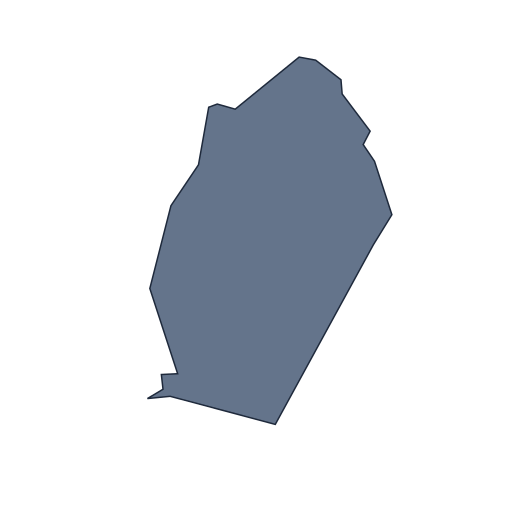 Montgomery, Kentucky, United States of America, rotated 235°
{"feature_id": "52423323B47164962454454", "entity_name": "Montgomery", "entity_type": "district", "adm_level": 2, "iso_a3": "USA", "parent_name": "United States of America", "parent_adm1": "Kentucky", "projection": "albers", "projection_center": [-83.879, 38.046], "detail": "fine", "context": "isolated", "style": "filled", "palette": "slate", "viewbox_px": 512, "rotation_deg": 235, "n_neighbors": 0, "source": "geoboundaries", "source_scale": "gbopen_adm2", "svg_char_len": 434}
<svg xmlns="http://www.w3.org/2000/svg" viewBox="0 0 512 512"><g transform="rotate(235 256 256)"><path d="M402.7,311.4L405.0,302.6L363.7,261.2L346.0,215.2L290.3,150.4L204.5,124.3L213.2,110.5L200.2,103.4L201.5,85.3L190.3,105.2L107.0,175.2L197.9,358.6L211.9,391.0L265.6,407.4L285.8,407.7L292.8,421.1L339.3,419.5L351.6,426.7L382.2,417.2L394.2,405.4L388.2,323.2L402.7,311.4Z" fill="#64748b" stroke="#1e293b" stroke-width="1.5"/></g></svg>